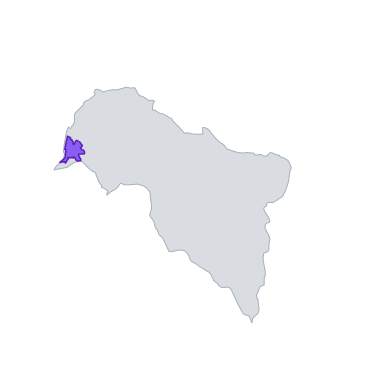 Nola, Sangha-Mbaéré, Central African Republic shown in context, rotated 52°
{"feature_id": "33826404B1885733015759", "entity_name": "Nola", "entity_type": "district", "adm_level": 2, "iso_a3": "CAF", "parent_name": "Central African Republic", "parent_adm1": "Sangha-Mbaéré", "projection": "mercator", "projection_center": [16.137, 3.336], "detail": "fine", "context": "in_parent", "style": "filled", "palette": "violet", "viewbox_px": 384, "rotation_deg": 52, "n_neighbors": 0, "source": "geoboundaries", "source_scale": "gbopen_adm2", "svg_char_len": 5971}
<svg xmlns="http://www.w3.org/2000/svg" viewBox="0 0 384 384"><g transform="rotate(52 192 192)"><path d="M259.7,147.5L262.8,148.4L263.4,149.4L262.5,152.6L263.1,154.6L264.9,156.3L266.7,157.0L268.5,157.4L274.5,158.5L277.1,159.6L280.4,163.4L284.6,166.8L285.6,168.6L285.4,170.3L284.2,172.3L284.3,173.1L286.3,175.1L288.5,177.2L292.5,179.5L299.4,183.0L302.6,185.4L303.7,187.2L305.5,189.2L308.0,191.0L309.7,192.4L308.5,196.3L308.9,197.6L309.5,198.7L310.9,200.2L311.5,202.2L313.0,204.7L314.7,205.8L317.5,206.2L319.1,207.4L322.2,209.3L325.3,211.0L326.6,212.2L327.4,213.2L328.1,214.5L328.4,215.7L328.5,218.3L329.0,221.6L330.6,223.9L332.2,225.5L325.9,223.6L325.0,223.6L323.9,223.9L320.7,226.3L319.6,226.5L315.5,226.1L305.6,224.2L298.0,222.4L295.7,221.7L291.6,221.1L288.9,222.3L286.4,226.5L285.6,227.4L281.6,228.6L279.8,228.3L275.2,229.4L268.1,227.7L265.5,228.0L263.5,228.9L258.4,230.8L255.3,231.9L251.7,232.9L248.3,234.4L246.0,235.2L243.8,235.2L241.7,234.3L239.5,233.6L236.9,233.5L234.1,233.9L231.7,235.6L230.8,236.8L228.7,239.9L226.3,245.1L225.4,246.1L224.5,246.7L213.4,244.1L208.6,243.5L205.4,244.3L201.4,242.8L199.6,242.6L198.8,243.0L196.5,242.4L192.8,240.6L189.3,239.9L186.2,240.1L184.2,239.6L182.7,237.8L180.7,234.7L177.1,231.6L172.2,229.1L169.2,227.2L168.0,226.0L165.4,225.3L161.4,225.1L157.6,226.4L152.0,230.3L146.9,238.2L144.1,241.3L141.8,242.1L141.2,244.0L142.4,247.1L142.6,250.6L141.8,256.5L142.1,260.9L140.9,260.2L139.8,258.2L139.2,257.7L135.8,258.7L134.1,259.5L133.1,260.3L132.4,260.4L131.4,259.3L130.5,259.1L129.2,259.3L127.8,259.3L126.9,259.1L126.4,259.2L124.8,258.6L119.0,256.9L118.0,256.4L116.8,256.4L113.8,257.9L112.2,258.3L107.4,259.2L102.3,259.6L100.3,259.6L98.9,260.3L98.1,261.2L96.5,266.7L96.0,267.7L96.1,269.0L95.7,273.5L95.9,274.9L89.7,287.0L88.7,285.0L88.0,282.6L87.8,279.9L87.9,279.2L87.5,278.4L87.0,276.1L87.5,274.7L87.1,273.2L85.9,271.7L84.8,270.6L84.2,269.6L83.7,269.2L82.5,269.0L80.9,268.5L74.0,261.3L66.9,253.3L65.5,250.7L64.9,249.2L66.6,249.0L67.1,248.8L67.1,248.1L66.0,246.0L65.5,243.4L64.6,241.8L61.8,239.4L59.2,237.5L58.3,236.5L57.8,235.2L56.8,226.5L56.4,224.0L55.5,222.9L54.9,222.4L54.7,221.8L54.8,220.3L55.1,218.9L55.1,218.4L55.8,217.1L55.8,209.1L55.0,208.0L53.4,208.0L52.5,206.8L51.8,205.3L52.0,204.3L53.6,202.7L54.6,202.0L57.6,200.7L58.5,200.1L59.0,199.3L59.4,198.2L61.1,194.1L63.7,190.0L64.9,189.1L67.5,183.1L68.1,181.5L68.6,179.9L69.4,178.7L72.3,176.6L74.5,173.0L76.9,173.2L79.3,173.8L82.4,174.1L84.8,173.4L86.4,172.0L93.9,169.5L94.5,167.6L95.7,166.6L97.0,165.7L97.5,165.6L97.6,166.2L98.5,168.2L100.2,170.2L102.7,172.4L103.4,172.3L105.0,170.6L108.9,169.6L109.9,169.1L112.7,166.7L116.0,165.2L118.0,164.6L121.4,163.0L123.8,163.2L127.7,163.0L134.1,162.2L138.8,161.9L141.1,161.6L141.7,161.3L142.6,159.0L143.4,158.3L145.1,157.3L148.5,153.8L150.8,150.8L151.5,149.7L151.9,149.6L152.9,148.3L152.0,147.0L148.1,144.4L148.2,144.0L147.9,143.6L148.2,143.2L149.6,142.1L151.6,140.9L153.7,140.4L159.2,140.5L163.9,140.3L165.0,140.3L168.7,139.7L171.2,139.1L173.7,137.9L179.6,138.0L184.4,134.8L185.8,134.2L186.4,133.7L186.6,133.2L188.9,131.9L191.4,129.2L193.4,126.9L194.0,125.2L199.5,119.4L201.4,119.6L202.3,118.8L204.5,115.0L205.2,114.3L207.5,113.6L208.5,112.5L209.5,110.8L209.5,108.7L209.1,107.1L209.1,106.2L209.6,105.5L210.5,104.8L214.6,102.7L215.7,101.7L216.3,100.8L217.5,100.6L218.8,100.7L219.6,100.2L220.5,99.2L223.4,98.0L226.1,97.0L228.9,97.4L234.0,98.7L235.5,101.4L236.2,102.4L242.5,108.8L243.8,110.4L246.9,115.0L248.8,118.2L251.0,122.8L251.2,125.2L250.9,127.3L250.5,133.3L249.9,135.1L247.1,138.3L247.0,139.7L247.6,140.9L248.4,141.4L248.9,142.0L248.6,144.8L249.6,145.9L251.7,146.6L256.9,147.1L259.7,147.5Z" fill="#d9dde1" stroke="#a8b0b8" stroke-width="1"/><path d="M92.4,251.8L91.3,252.3L90.8,252.7L89.5,252.9L88.8,253.0L88.5,252.7L88.6,252.0L88.6,251.5L88.4,250.7L88.1,250.1L88.0,249.9L87.4,249.7L86.7,249.8L86.2,249.9L85.8,249.8L83.8,249.6L80.3,251.1L80.2,251.2L80.1,251.6L80.2,252.0L80.3,252.5L80.5,252.9L80.5,253.0L81.0,253.6L81.4,254.1L81.4,254.4L81.4,254.6L81.5,254.9L81.5,255.1L81.6,255.5L81.6,255.8L81.6,256.0L81.3,256.1L81.1,256.1L80.7,255.9L80.5,255.7L80.1,255.5L79.9,255.1L79.5,254.8L78.7,254.8L78.3,254.9L78.0,254.8L77.6,254.7L77.4,254.6L77.1,254.5L76.8,254.5L76.8,254.8L76.4,255.1L76.2,255.2L75.9,255.2L75.7,255.3L75.4,255.3L75.2,255.3L75.0,255.1L74.9,254.6L74.7,254.4L74.0,254.4L73.7,254.5L73.4,254.7L73.2,254.9L72.9,255.0L72.6,255.3L71.4,255.8L72.0,256.5L75.0,260.1L75.4,260.6L76.0,261.3L76.2,261.5L80.0,266.0L80.9,265.4L81.7,266.1L86.9,270.8L87.3,277.5L87.6,277.7L87.6,277.8L87.4,277.9L87.4,278.0L87.3,278.4L87.8,277.5L87.9,277.1L88.0,276.5L88.1,276.3L88.1,276.0L88.2,275.8L88.2,275.6L88.3,275.4L88.7,275.2L89.3,274.9L89.5,274.1L89.7,273.9L89.9,273.8L90.0,273.8L90.3,273.8L90.6,274.0L90.9,274.0L91.1,273.9L91.3,273.8L91.3,273.6L91.2,273.4L91.1,273.2L90.9,272.9L90.8,272.6L90.8,272.4L90.8,272.2L90.7,272.1L90.6,271.9L90.4,271.7L90.1,271.2L90.0,270.9L89.9,270.8L89.9,270.4L90.0,270.0L90.0,269.8L90.0,269.6L89.8,269.3L89.7,269.3L89.5,269.2L89.4,269.2L89.2,269.1L88.9,269.0L88.7,268.9L88.4,268.7L88.4,268.4L88.5,268.2L88.9,267.9L90.0,267.0L90.4,266.8L90.4,266.6L90.5,266.4L90.6,266.0L90.6,265.8L90.6,265.7L90.7,265.4L91.6,265.0L91.8,264.9L92.0,264.8L92.1,264.7L92.2,264.3L92.2,264.1L91.9,263.9L91.7,263.8L91.6,263.7L93.4,263.1L93.6,263.2L93.9,263.3L94.3,263.5L94.6,263.7L94.8,263.8L95.0,263.8L95.3,263.7L95.6,263.6L95.8,263.6L96.1,263.6L96.6,263.5L97.0,263.3L97.3,262.9L98.1,261.7L98.2,261.4L98.3,261.2L98.4,260.9L98.5,260.8L98.5,260.7L98.8,260.6L98.4,260.2L98.1,260.0L97.9,259.8L97.7,259.5L97.2,259.4L96.8,259.4L96.7,259.3L96.3,259.5L96.0,259.5L95.8,259.4L95.6,259.3L95.3,259.2L95.1,259.0L95.0,258.9L94.7,258.8L94.4,258.9L94.2,259.0L93.8,259.0L93.5,259.0L93.3,258.8L93.1,258.7L92.8,258.4L92.7,258.2L92.7,257.8L92.7,257.5L92.9,257.2L93.1,256.9L93.2,256.7L93.4,256.6L93.6,256.3L95.6,253.4L95.5,253.0L95.1,252.7L94.7,252.3L94.4,252.1L94.0,251.9L93.5,251.8L92.9,251.8L92.4,251.8Z" fill="#8b5cf6" stroke="#5b21b6" stroke-width="1.5"/></g></svg>